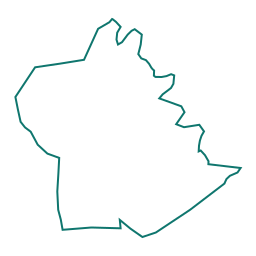 the District of Bərdə
{"feature_id": "AZE-1696", "entity_name": "Bərdə", "entity_type": "District", "adm_level": 1, "iso_a3": "AZE", "parent_name": "Azerbaijan", "parent_adm1": "", "projection": "orthographic", "projection_center": [47.272, 40.358], "detail": "fine", "context": "isolated", "style": "outline", "palette": "teal", "viewbox_px": 256, "rotation_deg": 0, "n_neighbors": 0, "source": "natural_earth", "source_scale": "10m", "svg_char_len": 997}
<svg xmlns="http://www.w3.org/2000/svg" viewBox="0 0 256 256"><path d="M120.6,228.3L91.4,227.5L62.6,229.8L60.8,219.6L58.2,209.8L57.3,191.5L58.4,173.2L59.2,157.9L47.4,153.6L37.7,144.7L30.7,131.7L25.0,127.4L20.6,121.8L17.9,109.5L15.4,97.0L35.1,67.3L60.3,63.6L84.0,59.8L98.1,28.8L109.4,22.2L112.1,19.0L112.6,19.2L115.9,21.8L120.6,26.9L117.2,32.7L116.5,39.6L118.0,44.5L122.0,42.2L127.7,34.6L131.6,30.8L134.7,29.2L141.8,34.6L140.7,44.6L138.3,54.1L141.3,58.4L145.9,60.1L149.1,63.8L151.3,67.6L152.7,69.3L154.1,70.5L153.9,75.7L155.4,76.9L161.6,77.0L166.5,76.1L171.1,74.2L174.2,75.4L173.4,83.8L171.0,88.0L162.7,94.3L159.3,98.4L181.3,106.3L184.5,112.2L176.2,124.2L184.0,127.2L199.3,124.8L204.0,131.4L201.5,135.8L199.9,140.6L199.0,145.7L198.7,151.4L200.7,150.5L205.0,155.2L207.6,159.7L208.5,161.2L208.4,164.2L240.6,168.0L237.5,172.5L229.9,175.8L226.5,179.0L224.5,183.3L224.5,183.5L190.2,209.7L155.9,232.5L142.4,237.0L130.4,228.6L119.8,219.9L120.6,228.3Z" fill="none" stroke="#0f766e" stroke-width="2"/></svg>